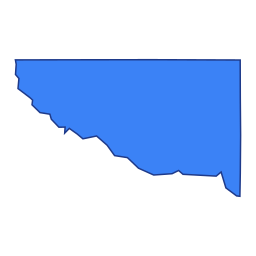 the district of Sherburne, Minnesota, United States of America
{"feature_id": "52423323B66083863480284", "entity_name": "Sherburne", "entity_type": "district", "adm_level": 2, "iso_a3": "USA", "parent_name": "United States of America", "parent_adm1": "Minnesota", "projection": "robinson", "projection_center": [-93.859, 45.403], "detail": "fine", "context": "isolated", "style": "filled", "palette": "blue", "viewbox_px": 256, "rotation_deg": 0, "n_neighbors": 0, "source": "geoboundaries", "source_scale": "gbopen_adm2", "svg_char_len": 569}
<svg xmlns="http://www.w3.org/2000/svg" viewBox="0 0 256 256"><path d="M15.4,59.9L16.2,64.3L15.5,74.5L18.9,78.5L18.0,88.6L30.0,97.7L32.6,100.1L32.0,104.8L40.0,112.6L49.9,114.2L51.3,119.2L58.9,127.2L65.1,127.1L64.7,133.1L69.3,128.4L77.2,134.0L82.9,138.8L96.6,136.0L107.1,145.2L114.6,155.6L127.4,157.6L138.5,168.2L153.7,175.0L172.1,173.7L178.6,170.5L183.0,174.3L216.2,176.1L221.1,172.0L225.9,187.9L236.6,195.9L239.9,196.3L240.3,173.0L240.6,135.4L240.5,122.7L240.3,97.9L240.2,60.0L152.6,59.7L65.5,59.8L15.4,59.9Z" fill="#3b82f6" stroke="#1e3a8a" stroke-width="1.5"/></svg>